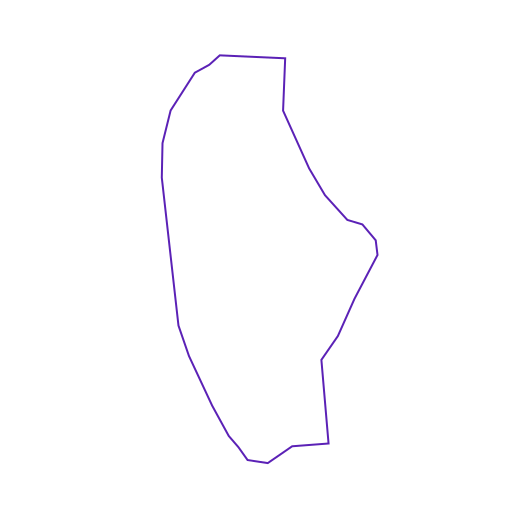 the border of Borovnica, rotated 17°
{"feature_id": "SVN-937", "entity_name": "Borovnica", "entity_type": "Municipality", "adm_level": 1, "iso_a3": "SVN", "parent_name": "Slovenia", "parent_adm1": "", "projection": "natural_earth1", "projection_center": [14.381, 45.913], "detail": "fine", "context": "isolated", "style": "outline", "palette": "violet", "viewbox_px": 512, "rotation_deg": 17, "n_neighbors": 0, "source": "natural_earth", "source_scale": "10m", "svg_char_len": 485}
<svg xmlns="http://www.w3.org/2000/svg" viewBox="0 0 512 512"><g transform="rotate(17 256 256)"><path d="M307.6,453.6L295.0,443.9L282.6,436.1L257.8,411.9L221.1,371.2L202.2,345.2L143.0,208.6L133.6,175.4L131.8,141.8L143.9,98.6L155.4,86.8L162.7,74.7L226.1,58.4L239.4,109.1L281.2,156.7L304.2,177.7L332.8,194.8L348.5,194.7L365.9,206.0L371.9,219.5L362.7,268.1L357.7,308.6L348.9,336.2L380.2,414.1L346.2,427.4L327.8,450.6L307.6,453.6Z" fill="none" stroke="#5b21b6" stroke-width="2"/></g></svg>